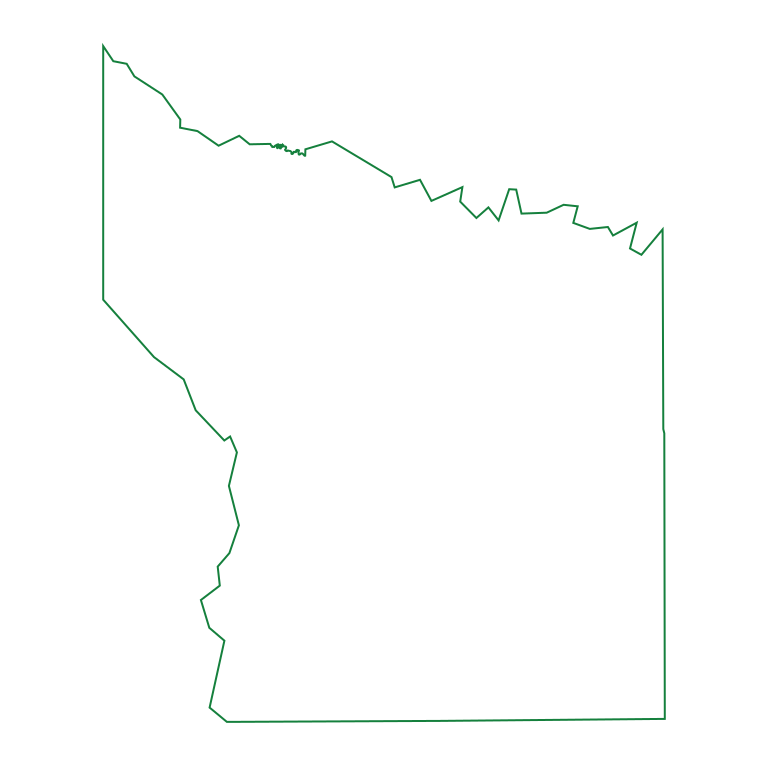 Smith, Texas, United States of America
{"feature_id": "52423323B77803099717971", "entity_name": "Smith", "entity_type": "district", "adm_level": 2, "iso_a3": "USA", "parent_name": "United States of America", "parent_adm1": "Texas", "projection": "equal_earth", "projection_center": [-95.37, 32.411], "detail": "fine", "context": "isolated", "style": "outline", "palette": "green", "viewbox_px": 768, "rotation_deg": 0, "n_neighbors": 0, "source": "geoboundaries", "source_scale": "gbopen_adm2", "svg_char_len": 2510}
<svg xmlns="http://www.w3.org/2000/svg" viewBox="0 0 768 768"><path d="M662.6,229.4L641.4,254.8L630.0,248.5L636.7,222.7L613.0,235.5L607.9,227.0L589.8,228.9L573.3,222.9L577.7,206.3L563.6,204.8L546.7,212.7L521.5,213.6L516.2,189.6L509.2,189.2L498.6,220.4L488.4,207.4L476.4,218.0L460.2,201.6L462.4,187.1L431.4,200.9L420.0,179.8L394.7,187.4L391.5,177.1L332.0,141.4L305.4,149.3L305.2,155.7L305.0,155.8L304.6,155.7L304.2,155.4L303.0,154.0L302.8,153.8L302.2,153.5L302.1,153.4L301.5,153.4L301.0,153.4L300.2,154.2L299.9,154.4L299.2,154.6L298.8,154.4L298.7,154.1L298.6,153.8L298.6,152.6L298.3,151.5L298.4,151.4L298.8,151.1L299.0,150.8L299.0,150.6L298.8,150.3L298.6,150.2L297.9,150.1L297.2,149.9L296.8,150.0L296.4,150.3L296.2,150.5L296.2,150.8L296.3,151.1L296.2,151.7L296.2,151.9L295.9,152.1L295.6,152.1L294.5,151.9L294.1,151.9L293.7,151.9L293.5,152.2L293.4,152.5L293.4,153.0L292.8,153.7L292.6,153.9L292.1,154.0L291.7,153.9L291.4,153.6L291.4,153.4L291.6,153.0L291.6,152.6L291.5,152.3L291.1,151.7L290.7,151.3L290.2,151.0L288.9,150.8L287.9,150.5L287.5,150.6L287.4,150.9L287.2,151.0L286.9,151.1L286.4,151.0L286.1,150.9L285.9,150.8L285.2,150.1L285.1,149.7L285.6,149.2L285.7,148.8L286.0,148.2L286.1,147.9L286.1,147.3L286.0,147.0L285.8,146.7L285.5,146.5L284.9,146.5L283.9,146.4L283.6,146.3L283.4,146.0L283.3,145.2L282.7,144.8L282.6,144.7L282.4,145.2L282.2,145.3L281.9,145.2L281.9,146.0L282.0,146.9L281.9,147.0L281.7,147.0L281.3,146.6L281.1,146.2L280.9,145.5L280.6,144.9L280.2,144.9L280.1,145.0L280.3,145.8L280.4,146.4L280.5,147.2L280.9,147.8L280.9,148.1L280.7,148.4L280.2,148.4L279.7,148.1L279.4,147.8L279.1,147.4L278.7,147.4L278.3,147.5L277.5,148.0L277.3,148.1L277.1,147.9L277.0,147.6L277.0,147.3L277.0,146.9L277.2,146.5L277.7,146.0L278.1,146.0L278.4,145.9L278.7,145.4L278.8,145.1L278.7,144.7L278.4,144.3L278.2,144.3L277.9,144.3L277.2,144.8L276.6,144.8L276.4,144.9L276.0,145.3L275.4,145.8L275.0,145.8L274.8,146.0L274.7,146.5L274.5,146.8L274.2,147.0L272.9,146.9L272.6,147.0L272.3,146.9L272.4,146.4L272.3,146.2L271.8,146.0L271.2,145.6L270.9,145.1L270.6,144.3L270.4,144.1L270.2,143.9L249.7,144.3L239.2,135.8L218.6,145.7L197.5,131.1L180.1,127.7L180.3,119.5L162.3,94.5L134.4,76.4L126.7,63.8L113.3,61.2L103.2,46.1L103.2,299.7L154.0,357.1L183.7,379.4L195.7,410.3L224.3,440.5L230.1,436.5L236.9,452.4L228.9,485.9L238.9,525.3L229.4,553.1L217.7,566.6L219.8,585.6L200.9,600.0L209.3,627.8L224.4,640.7L209.6,707.6L226.9,721.9L440.8,720.9L664.8,718.9L664.3,433.3L663.3,429.1L662.6,229.4Z" fill="none" stroke="#15803d" stroke-width="2"/></svg>